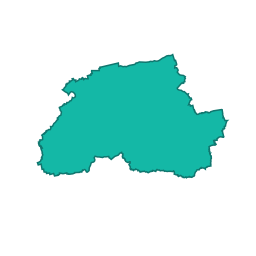 outline of Sam Chuk, Suphan Buri, Thailand, rotated 162°
{"feature_id": "78962969B87742796188893", "entity_name": "Sam Chuk", "entity_type": "district", "adm_level": 2, "iso_a3": "THA", "parent_name": "Thailand", "parent_adm1": "Suphan Buri", "projection": "orthographic", "projection_center": [100.056, 14.761], "detail": "fine", "context": "isolated", "style": "filled", "palette": "teal", "viewbox_px": 256, "rotation_deg": 162, "n_neighbors": 0, "source": "geoboundaries", "source_scale": "gbopen_adm2", "svg_char_len": 5775}
<svg xmlns="http://www.w3.org/2000/svg" viewBox="0 0 256 256"><g transform="rotate(162 128 128)"><path d="M60.9,66.3L60.6,68.2L60.4,68.1L60.0,69.9L59.6,70.2L59.2,71.6L59.3,71.8L59.1,71.9L58.5,73.3L58.2,73.3L58.0,74.5L57.8,74.5L57.7,74.9L57.6,75.7L57.9,75.7L58.1,78.0L57.8,78.0L57.4,78.5L58.1,78.5L57.8,80.1L57.6,80.2L58.1,81.0L57.5,81.3L57.6,82.7L57.1,82.7L56.7,85.2L54.6,85.6L52.9,85.5L51.3,85.2L50.6,84.8L49.3,85.2L49.7,86.8L50.6,86.7L50.3,89.6L49.9,89.5L49.8,88.9L49.3,88.8L49.1,89.5L47.1,88.8L46.6,90.3L45.9,90.4L45.6,90.7L44.0,91.2L42.8,91.1L41.7,90.5L40.8,90.3L40.8,90.0L40.0,89.7L39.6,90.3L39.9,90.5L39.6,91.2L39.4,93.7L39.6,93.8L39.2,95.0L39.3,96.1L39.6,96.2L39.5,96.5L38.6,96.6L37.9,97.8L37.1,97.4L36.5,97.6L36.5,98.0L36.2,98.0L35.9,99.7L34.7,99.7L33.9,101.4L31.9,104.1L31.2,104.4L33.5,105.1L33.7,108.1L34.5,108.4L34.2,108.8L33.9,108.8L33.8,111.9L33.5,112.2L32.8,116.3L33.2,116.6L41.3,117.9L44.4,117.9L45.0,117.5L46.1,117.4L47.1,117.8L47.1,118.3L49.3,119.4L49.7,119.0L50.0,119.3L50.4,119.0L51.7,119.0L51.9,119.3L53.0,119.7L53.8,119.6L53.7,119.2L55.2,119.8L56.9,119.3L58.4,119.8L58.7,121.2L59.3,121.9L59.5,122.7L59.2,122.7L59.2,123.4L59.3,124.9L59.8,125.1L59.4,129.5L61.8,129.6L61.6,130.5L62.4,131.4L63.2,131.4L60.6,134.6L59.5,135.3L58.7,135.3L58.7,137.0L60.3,137.7L60.1,138.7L60.7,139.7L60.8,140.8L60.1,141.8L61.4,141.9L63.2,145.2L63.8,145.3L64.7,145.9L65.7,147.4L67.0,147.9L68.1,148.7L68.8,149.4L68.9,150.7L63.1,154.1L62.2,153.9L62.0,153.5L61.2,153.5L61.1,154.4L59.6,154.5L59.4,156.3L58.1,157.5L58.5,158.6L57.7,159.1L59.0,160.8L61.7,162.1L62.6,162.8L63.9,165.9L62.5,167.4L62.5,168.5L63.1,169.6L63.0,170.3L63.9,170.7L65.0,170.7L64.1,172.8L62.4,172.9L62.0,173.5L61.9,177.7L62.9,177.7L62.8,184.0L64.0,183.7L65.7,183.8L66.8,184.3L69.0,184.6L71.7,183.9L73.5,183.8L77.5,182.6L79.1,182.5L80.5,182.8L82.1,183.8L84.1,183.6L86.3,184.5L87.3,184.3L90.7,185.0L96.8,187.3L99.3,187.0L100.1,187.4L101.9,186.4L107.4,187.1L110.8,186.8L111.8,187.5L113.7,187.8L115.8,189.4L117.8,189.5L117.1,192.8L135.1,194.3L135.7,194.6L136.0,194.5L136.2,193.4L137.2,193.5L137.6,191.5L144.8,193.8L145.2,192.8L145.1,190.9L145.3,190.8L145.7,191.2L146.7,190.9L146.8,189.7L147.6,189.7L147.6,190.2L150.5,190.2L150.7,187.2L152.0,187.5L153.4,188.4L155.2,187.6L155.7,188.7L155.1,189.0L155.8,190.0L156.7,189.6L157.3,188.8L158.8,189.6L158.8,189.3L161.0,188.5L163.4,188.2L162.9,189.8L164.2,189.8L164.8,192.0L165.8,192.0L165.5,191.3L166.3,190.7L168.3,190.2L168.7,190.7L169.3,190.7L169.4,189.5L170.9,189.1L172.2,189.2L172.3,188.5L173.2,188.7L173.2,188.2L173.7,188.2L174.3,186.8L176.4,185.7L177.0,184.9L178.5,184.6L176.5,181.8L174.8,180.1L174.4,178.9L174.4,177.9L171.7,179.9L170.5,180.0L169.1,179.0L168.2,177.4L167.9,175.9L168.4,174.0L170.4,173.4L171.0,173.6L171.5,174.2L171.9,173.4L173.6,171.6L174.9,171.7L175.7,171.1L176.9,170.7L178.3,171.1L178.7,170.4L179.5,169.8L180.9,170.7L181.5,170.6L181.8,169.6L182.9,169.9L183.6,169.1L186.9,168.8L187.1,168.4L186.8,167.2L187.0,165.5L186.4,164.4L186.4,163.7L187.9,160.9L189.5,160.7L191.1,159.6L192.1,159.4L192.2,158.9L191.7,158.1L191.9,157.8L193.1,157.5L195.2,155.9L197.2,155.1L199.2,153.0L200.0,152.9L201.2,153.3L201.3,151.8L202.4,150.5L203.8,151.0L203.9,150.8L206.2,150.7L206.2,150.2L207.1,150.3L207.3,149.3L208.4,149.3L208.5,148.7L209.5,148.5L209.5,148.2L209.9,148.2L209.9,148.7L212.2,147.8L211.9,146.4L212.8,143.4L213.9,143.3L215.4,143.9L215.9,142.5L216.4,142.7L216.6,142.2L217.4,142.2L217.1,141.0L217.8,141.0L217.9,139.1L217.2,139.0L217.0,138.3L217.3,138.0L216.3,137.8L216.2,137.3L217.0,137.1L217.0,136.4L216.0,136.4L215.7,135.3L217.2,135.0L217.0,132.2L217.1,130.9L217.4,130.8L217.5,129.8L217.3,128.8L219.3,126.7L218.9,126.3L219.3,125.1L220.0,125.3L221.4,123.6L222.0,123.3L223.9,122.9L224.8,123.0L224.8,120.6L221.8,120.5L222.5,115.2L221.0,114.9L221.4,112.1L219.2,111.1L219.5,109.9L216.5,109.4L216.7,107.9L212.8,107.7L212.7,105.1L209.1,104.6L209.0,105.1L207.5,105.0L207.1,106.3L204.7,105.1L204.7,104.9L203.5,104.5L200.1,104.2L200.3,103.2L198.9,102.8L199.0,102.5L197.7,102.1L194.6,101.5L192.2,101.7L192.2,102.0L187.6,100.7L187.4,101.0L186.7,101.0L185.6,100.4L184.3,102.0L183.9,101.5L182.4,102.0L181.8,101.7L181.4,100.8L181.1,99.0L180.2,98.6L178.2,99.5L177.0,102.3L175.2,104.1L174.0,106.0L173.2,106.4L171.1,106.3L169.9,107.0L169.3,108.2L169.4,110.1L168.0,111.3L166.1,110.0L164.2,109.3L161.3,107.8L159.5,108.0L158.0,107.4L155.1,106.9L155.2,105.6L154.4,104.7L153.7,103.3L149.2,105.1L145.7,105.2L143.6,106.5L141.6,106.8L141.6,105.6L140.8,104.8L141.3,104.1L141.4,103.1L142.1,103.0L142.3,101.2L141.9,100.8L141.3,100.9L140.8,100.2L140.9,99.7L140.5,99.5L140.4,99.0L140.8,98.5L140.5,98.2L140.5,97.0L139.1,95.4L138.1,95.2L136.8,95.4L136.4,95.1L136.9,93.9L138.0,93.4L138.4,92.9L137.8,90.4L138.6,88.6L138.4,87.7L137.3,87.9L137.3,87.1L136.8,87.1L135.9,85.8L135.6,86.0L135.4,86.6L134.0,86.1L133.4,86.6L131.7,85.1L131.8,84.4L131.0,84.5L130.3,83.1L129.9,82.9L130.0,82.3L129.1,82.4L128.5,82.1L128.1,82.4L126.7,81.9L125.8,81.9L124.9,80.7L123.7,80.6L123.2,79.7L122.4,79.2L120.2,79.8L119.7,79.4L119.1,79.7L118.1,79.3L117.7,80.0L116.8,79.6L116.4,79.0L115.5,78.8L115.4,78.3L115.0,78.1L113.9,79.3L113.2,79.6L112.5,78.6L111.3,78.5L110.6,77.3L109.8,77.4L108.8,76.9L107.2,76.7L106.8,75.6L106.1,75.6L104.1,74.5L102.0,74.1L101.5,73.7L100.9,73.7L99.2,72.8L97.9,73.1L97.5,72.1L97.8,71.6L97.7,70.8L98.3,69.9L96.4,68.4L95.1,68.2L95.0,67.6L95.4,67.1L94.9,66.3L93.9,66.6L93.4,66.3L92.5,66.6L91.9,65.7L91.6,64.7L90.8,64.7L90.8,63.9L89.4,63.3L88.1,63.6L87.8,62.6L86.9,62.9L85.6,62.6L84.8,63.0L84.3,62.0L83.3,62.1L83.0,61.6L82.6,61.4L81.5,61.6L80.9,62.0L80.5,61.8L79.8,61.9L79.3,62.5L79.2,63.2L77.6,65.2L76.0,66.1L75.3,66.9L74.2,66.7L73.4,66.2L72.5,67.0L70.9,67.6L71.0,67.1L69.3,67.0L68.0,66.2L67.2,65.1L67.0,66.0L64.7,66.4L64.6,66.8L60.9,66.3Z" fill="#14b8a6" stroke="#0f766e" stroke-width="1.5"/></g></svg>